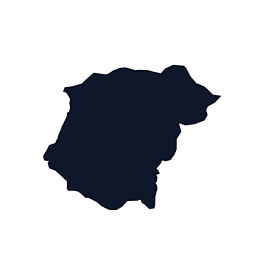 outline of Jabal Habashi, Ta`izz, Yemen, rotated 223°
{"feature_id": "15242507B58786860168028", "entity_name": "Jabal Habashi", "entity_type": "district", "adm_level": 2, "iso_a3": "YEM", "parent_name": "Yemen", "parent_adm1": "Ta`izz", "projection": "mercator", "projection_center": [43.88, 13.465], "detail": "fine", "context": "isolated", "style": "filled", "palette": "ink", "viewbox_px": 256, "rotation_deg": 223, "n_neighbors": 0, "source": "geoboundaries", "source_scale": "gbopen_adm2", "svg_char_len": 2815}
<svg xmlns="http://www.w3.org/2000/svg" viewBox="0 0 256 256"><g transform="rotate(223 128 128)"><path d="M82.4,213.8L88.4,209.6L89.3,209.6L91.6,209.7L93.9,209.8L99.6,209.8L102.7,208.8L103.2,208.6L103.5,208.6L104.2,208.3L105.4,208.0L105.9,207.8L108.0,206.6L117.8,207.6L117.9,207.8L126.7,210.9L129.3,210.9L137.5,204.5L138.0,203.1L138.6,201.6L140.4,197.3L140.6,196.9L140.6,193.5L140.5,190.0L140.5,189.9L141.8,189.2L144.7,187.5L147.6,185.8L149.1,185.1L149.3,185.0L152.3,183.3L152.9,182.9L153.1,182.8L156.7,179.5L156.8,179.4L158.5,178.2L160.5,175.9L160.9,175.5L162.0,174.5L164.5,173.2L165.2,172.8L165.5,172.7L166.0,172.5L166.7,172.1L169.0,170.9L169.5,170.7L170.3,170.3L170.6,170.1L170.8,170.0L174.3,166.1L175.5,163.6L177.2,160.2L178.9,153.7L180.2,151.6L183.5,149.2L190.0,144.7L190.5,140.8L190.6,139.4L190.8,137.4L191.0,134.9L191.2,131.9L191.3,130.3L191.4,128.6L191.8,128.0L192.1,127.6L192.4,127.1L192.7,126.6L192.8,126.4L195.3,122.1L198.2,118.1L201.2,114.5L200.0,111.3L196.8,112.5L192.8,111.4L190.4,110.4L189.0,109.8L187.9,107.4L187.1,106.5L184.2,104.4L184.0,104.2L183.9,104.2L183.7,103.9L182.2,101.3L182.0,101.0L181.7,100.6L181.6,100.4L181.5,100.2L182.1,97.6L180.2,95.4L179.3,92.7L179.2,92.4L176.5,83.7L176.2,83.2L176.1,82.9L175.6,81.6L175.3,80.9L173.2,75.1L172.1,73.1L170.9,71.8L171.5,70.7L171.4,70.6L170.8,69.0L170.3,67.7L170.3,67.1L173.2,61.7L171.4,55.2L170.6,50.7L170.0,49.7L167.2,48.0L163.5,50.5L161.8,50.3L161.8,49.7L162.4,49.7L162.3,48.1L158.1,45.6L152.3,48.0L150.7,48.0L149.9,48.0L147.5,48.1L142.2,48.1L136.1,48.1L133.4,45.4L131.1,42.7L130.2,42.2L128.6,42.4L127.3,44.0L127.0,44.2L126.1,45.0L125.5,45.6L124.8,46.2L123.3,47.1L121.7,48.0L121.3,48.2L118.7,48.5L117.9,48.6L115.9,48.7L115.6,48.7L115.4,48.5L115.0,48.8L114.3,48.8L114.0,48.8L113.9,48.8L113.0,48.5L112.7,48.5L112.1,48.6L111.9,48.7L111.0,49.4L110.5,49.8L108.8,51.1L107.1,51.3L106.7,51.5L102.5,52.7L100.1,53.4L99.4,53.4L97.2,53.4L95.4,53.4L94.4,53.4L89.5,54.9L87.0,55.7L86.2,56.0L84.5,57.5L83.1,58.8L82.9,59.0L81.2,60.4L79.8,64.8L79.4,66.1L79.3,67.1L79.4,71.4L79.4,72.5L79.4,74.4L71.8,82.1L71.5,84.0L69.3,84.7L66.5,83.4L64.3,84.1L60.2,84.1L57.3,84.1L55.8,86.1L54.8,87.3L55.6,88.7L56.1,89.7L58.2,92.1L58.8,92.7L61.7,96.0L61.8,96.2L62.1,96.7L65.6,103.1L67.0,104.3L67.5,104.8L71.5,106.3L71.1,108.2L71.9,109.3L73.1,111.2L73.2,111.3L73.7,111.6L74.4,111.8L75.9,112.4L76.4,112.6L74.8,115.8L74.7,116.1L77.3,116.9L80.2,116.9L80.7,124.9L81.8,127.2L82.1,127.8L81.6,128.1L79.7,129.1L78.4,129.8L78.1,130.3L77.9,130.4L77.3,131.4L77.3,131.5L76.5,132.6L75.9,133.5L75.9,133.9L76.2,136.9L76.5,139.9L76.6,140.0L78.5,145.2L85.6,152.9L87.1,161.3L93.9,165.2L94.3,167.1L88.3,169.6L82.5,176.7L82.4,176.8L79.9,181.9L78.0,185.7L78.0,185.8L79.3,191.4L83.7,193.9L84.3,195.8L85.0,198.2L85.0,198.4L82.5,206.0L82.4,213.8Z" fill="#0f172a" stroke="#020617" stroke-width="1.5"/></g></svg>